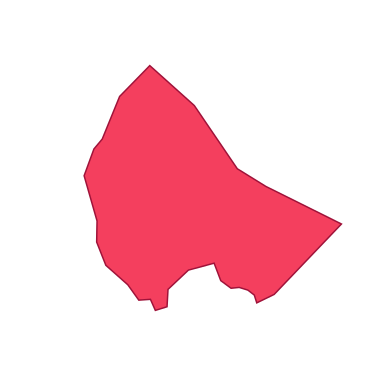 the Metropolitan City of Daejeon, rotated 149°
{"feature_id": "KOR-2503", "entity_name": "Daejeon", "entity_type": "Metropolitan City", "adm_level": 1, "iso_a3": "KOR", "parent_name": "South Korea", "parent_adm1": "", "projection": "natural_earth1", "projection_center": [127.381, 36.357], "detail": "fine", "context": "isolated", "style": "filled", "palette": "rose", "viewbox_px": 384, "rotation_deg": 149, "n_neighbors": 0, "source": "natural_earth", "source_scale": "10m", "svg_char_len": 510}
<svg xmlns="http://www.w3.org/2000/svg" viewBox="0 0 384 384"><g transform="rotate(149 192 192)"><path d="M163.1,322.1L145.5,264.9L141.2,188.6L125.8,158.7L80.4,87.6L119.2,77.0L174.3,61.9L193.6,63.6L191.7,71.6L194.7,79.2L200.7,85.9L208.1,89.4L213.0,101.2L209.7,119.6L235.3,126.9L262.7,120.9L272.5,106.5L284.4,109.4L282.9,121.4L293.3,126.7L294.8,145.5L303.6,173.5L299.5,198.2L288.3,216.1L276.1,261.5L253.9,279.4L241.7,283.6L204.8,311.2L163.1,322.1Z" fill="#f43f5e" stroke="#9f1239" stroke-width="1.5"/></g></svg>